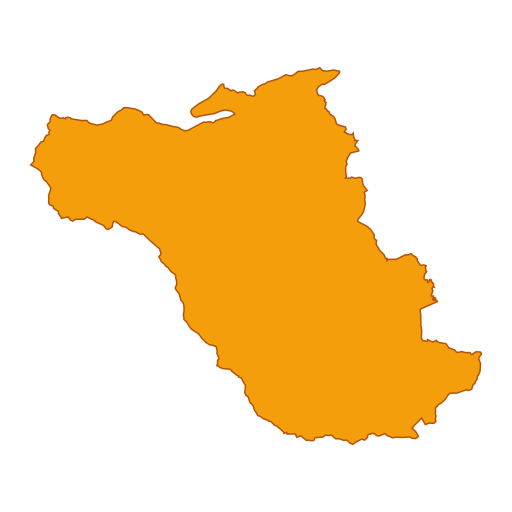 outline of Calimanesti, Vâlcea, Romania
{"feature_id": "2599482B79862201668906", "entity_name": "Calimanesti", "entity_type": "district", "adm_level": 2, "iso_a3": "ROU", "parent_name": "Romania", "parent_adm1": "Vâlcea", "projection": "mercator", "projection_center": [24.315, 45.264], "detail": "fine", "context": "isolated", "style": "filled", "palette": "amber", "viewbox_px": 512, "rotation_deg": 0, "n_neighbors": 0, "source": "geoboundaries", "source_scale": "gbopen_adm2", "svg_char_len": 6005}
<svg xmlns="http://www.w3.org/2000/svg" viewBox="0 0 512 512"><path d="M414.6,425.1L421.7,418.0L425.3,424.6L429.3,423.0L432.3,423.4L434.3,423.0L435.9,421.3L435.4,419.6L435.9,415.8L435.3,413.2L435.6,412.1L435.4,408.7L436.2,406.9L437.3,406.2L438.4,404.5L441.1,403.2L444.0,400.6L446.3,397.9L447.6,395.5L450.0,393.1L456.7,393.1L466.1,389.9L468.4,390.3L471.6,389.3L473.2,384.6L474.9,383.5L475.6,381.2L477.0,379.6L477.4,375.8L478.3,375.3L480.0,371.5L480.5,363.4L478.8,359.1L479.3,356.9L481.2,354.6L481.3,353.2L480.4,352.1L476.1,351.7L472.4,354.3L471.2,354.4L470.2,352.8L469.4,352.5L466.3,352.7L461.1,351.5L459.5,352.2L456.6,352.3L454.8,350.0L449.0,347.9L445.9,343.7L439.5,342.6L437.4,341.8L436.3,340.2L433.6,341.9L429.4,340.9L427.8,339.4L427.5,339.5L427.1,341.2L426.1,341.5L425.2,340.9L423.6,340.9L422.0,339.8L421.4,337.8L421.7,331.0L421.3,327.3L420.9,326.2L420.7,314.0L420.1,311.2L420.3,309.5L421.8,308.4L437.4,301.6L436.9,300.6L436.0,300.5L435.8,299.7L433.0,300.5L434.1,299.7L433.0,299.8L432.7,298.8L434.2,298.7L435.3,297.9L433.5,297.2L433.3,296.0L431.7,296.2L431.2,295.8L432.9,290.7L431.9,288.9L433.1,286.8L434.2,287.1L433.4,285.4L433.5,283.3L431.7,282.3L431.4,280.0L430.0,280.3L429.7,278.7L429.7,280.2L428.0,282.6L427.5,282.0L427.7,281.2L427.3,279.8L425.4,280.0L424.3,279.5L424.0,278.2L424.2,276.1L424.8,274.0L426.7,271.7L425.7,270.2L425.8,268.9L425.2,267.5L425.4,266.5L426.2,266.1L426.1,265.6L423.6,264.9L421.1,265.4L420.3,265.1L417.4,260.7L417.2,258.6L416.3,258.2L415.8,256.9L412.4,255.2L411.8,254.0L410.6,253.8L408.8,254.8L405.1,254.9L396.4,259.3L387.9,259.4L387.4,258.9L387.4,260.6L387.0,260.8L386.6,258.9L385.3,258.1L384.3,255.1L378.8,249.4L378.4,247.9L377.2,246.4L376.0,243.5L376.7,240.3L375.4,239.7L374.0,237.9L374.2,234.7L370.6,229.4L366.3,225.9L357.6,221.4L358.0,219.4L361.7,214.8L363.7,211.2L365.3,204.0L364.7,199.8L365.2,196.0L364.2,192.4L367.2,190.4L363.5,185.8L362.8,183.6L362.1,178.9L360.8,177.5L358.7,177.4L355.1,178.3L351.8,177.1L349.7,178.2L345.5,178.1L346.4,176.4L345.6,170.8L345.8,166.3L347.1,164.0L346.2,161.4L347.5,158.0L350.4,153.0L358.7,151.0L358.7,150.1L357.8,148.7L354.8,145.8L355.5,143.7L357.8,140.6L354.7,140.4L355.0,139.7L353.5,136.5L353.3,133.1L351.9,134.6L349.3,134.4L346.4,133.3L345.9,132.6L344.7,132.5L344.3,131.8L346.1,129.5L345.5,127.0L338.6,125.1L336.5,123.8L334.9,118.6L333.3,116.2L329.8,114.1L329.1,111.6L327.7,111.2L326.4,109.2L324.5,108.0L325.8,104.9L325.7,103.4L326.2,102.7L324.3,100.9L324.3,100.1L325.1,99.8L324.0,97.7L322.5,96.3L318.3,95.2L317.0,92.0L316.8,89.4L318.4,86.9L322.4,83.9L324.1,84.5L325.6,83.8L334.3,78.3L338.4,74.2L339.5,72.5L339.6,71.2L333.3,70.0L327.3,71.2L323.0,70.7L321.8,70.1L319.8,67.6L316.0,69.5L312.7,69.1L302.2,71.3L298.2,71.3L294.2,74.5L291.4,76.0L285.9,74.8L277.7,79.0L267.2,82.1L265.2,83.8L262.7,84.4L257.9,87.0L257.0,88.6L254.4,90.7L255.3,94.1L254.5,95.6L252.8,96.3L249.3,95.0L248.2,95.5L247.2,95.2L245.5,93.7L245.3,92.9L243.3,91.9L239.5,92.1L237.9,92.9L233.8,90.3L232.5,90.1L231.1,90.8L227.3,88.4L224.7,88.2L223.9,86.7L223.7,84.5L222.6,84.1L221.5,84.4L219.4,86.2L216.2,91.0L208.6,98.4L198.9,103.7L193.1,108.1L191.4,109.8L190.9,111.7L191.3,113.7L193.3,116.0L195.3,117.0L196.8,117.1L200.0,116.0L214.5,113.5L221.5,110.7L225.7,110.0L231.3,111.1L233.6,112.5L234.8,114.2L228.4,117.5L222.8,118.3L221.6,119.1L219.9,119.1L217.7,120.2L215.7,120.5L214.2,122.4L213.2,122.8L210.6,121.9L208.1,121.8L205.9,122.5L204.5,122.0L203.2,122.3L187.7,130.5L184.5,130.7L180.8,129.1L178.4,127.4L173.3,126.6L165.5,124.5L162.6,124.5L159.0,123.1L156.6,123.1L148.6,114.7L146.9,114.5L144.0,115.0L143.1,114.3L142.1,112.3L138.6,110.3L135.3,109.1L127.7,107.7L123.8,107.7L121.2,110.2L118.1,111.5L112.7,116.9L111.3,120.2L102.0,124.1L96.9,125.2L89.9,123.2L88.5,122.4L86.9,120.5L81.3,120.5L71.6,118.9L70.4,117.9L67.8,117.2L65.9,117.6L65.5,118.9L63.2,117.8L61.6,118.2L58.9,117.9L55.4,115.1L52.3,114.7L50.4,118.0L50.0,122.1L47.9,123.9L47.3,125.1L48.4,128.7L50.0,130.3L48.9,132.1L49.1,134.3L46.2,135.6L44.6,138.0L43.8,141.1L40.8,142.1L38.2,145.8L35.6,148.3L35.6,153.2L33.8,157.9L33.9,161.6L30.7,164.9L37.1,168.5L40.8,171.3L41.7,173.3L41.5,174.3L43.5,178.8L44.3,180.0L46.7,181.8L51.0,188.3L48.5,195.7L48.9,198.3L48.6,203.0L49.7,204.7L53.3,206.2L53.7,208.5L58.3,211.4L58.5,213.5L61.6,218.3L68.2,217.0L70.4,220.1L72.6,221.1L75.5,219.3L84.4,219.2L87.3,216.8L89.1,218.1L93.6,220.0L95.6,221.8L103.6,225.5L106.2,228.8L107.8,229.6L112.2,227.0L112.7,223.5L113.4,221.7L114.1,221.4L116.4,222.0L122.3,226.6L125.5,226.9L129.7,230.0L133.6,231.6L135.3,231.7L140.1,234.2L143.2,233.9L149.8,240.4L159.5,248.8L160.9,252.9L160.5,255.0L159.2,256.1L158.9,257.0L160.6,259.6L161.2,261.5L164.7,264.4L166.1,266.5L167.9,267.4L171.0,271.6L174.7,274.1L175.7,275.6L175.5,277.1L176.4,280.4L176.8,284.2L175.3,287.6L175.3,288.5L177.3,291.6L178.9,293.0L180.8,300.2L182.5,301.7L183.5,304.0L184.0,306.6L184.0,311.2L183.3,315.3L183.9,317.3L184.0,319.6L186.4,321.7L190.8,328.6L198.8,334.1L201.8,338.3L206.0,342.6L209.8,344.8L214.2,345.7L216.2,346.9L217.2,350.9L216.9,353.4L218.7,357.3L218.8,358.7L217.5,360.6L217.5,363.7L216.8,365.6L218.6,366.1L219.6,367.4L223.3,368.7L229.2,369.1L231.9,370.4L231.6,371.1L237.0,375.4L238.5,375.8L238.6,377.0L241.2,377.9L244.3,383.7L245.5,385.1L244.8,393.1L246.0,395.4L248.4,397.2L249.8,402.4L252.7,405.0L254.6,410.5L255.7,411.7L257.9,415.7L259.5,416.0L263.7,418.8L267.8,420.2L268.5,421.1L270.7,421.4L274.2,424.9L276.3,425.8L279.0,427.9L283.5,432.0L284.0,433.4L286.4,432.4L287.1,434.0L287.7,434.1L295.2,433.9L296.8,437.2L300.8,435.8L306.4,440.4L308.6,440.1L310.1,440.6L313.3,440.6L314.2,439.9L315.0,437.7L323.0,437.1L325.4,435.1L328.7,435.5L331.0,435.1L332.5,435.7L333.5,437.1L335.8,438.8L339.4,438.8L343.6,440.3L346.7,440.1L349.9,443.0L352.7,444.4L356.7,441.6L361.0,439.4L362.5,439.2L364.5,440.2L367.6,437.4L367.6,435.3L368.1,434.7L372.8,433.3L374.7,434.0L376.8,435.7L378.7,436.0L385.1,433.5L386.4,435.1L392.8,437.9L396.2,437.1L402.2,437.5L409.6,436.9L411.9,438.2L415.7,438.6L418.4,436.3L415.8,431.7L412.0,428.3L414.6,425.1Z" fill="#f59e0b" stroke="#b45309" stroke-width="1.5"/></svg>